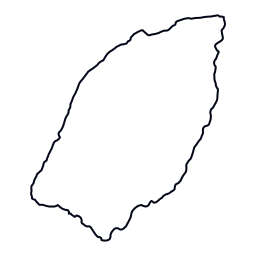 the district of Barbosa, Santander, Colombia
{"feature_id": "7082276B35753389183496", "entity_name": "Barbosa", "entity_type": "district", "adm_level": 2, "iso_a3": "COL", "parent_name": "Colombia", "parent_adm1": "Santander", "projection": "albers", "projection_center": [-73.619, 5.955], "detail": "fine", "context": "isolated", "style": "outline", "palette": "ink", "viewbox_px": 256, "rotation_deg": 0, "n_neighbors": 0, "source": "geoboundaries", "source_scale": "gbopen_adm2", "svg_char_len": 5111}
<svg xmlns="http://www.w3.org/2000/svg" viewBox="0 0 256 256"><path d="M210.8,115.8L210.8,115.0L210.4,113.5L210.3,112.1L210.5,111.2L210.8,110.1L211.2,109.2L212.1,108.5L212.8,107.8L213.4,107.0L214.5,104.9L216.0,102.3L216.9,100.4L217.3,98.6L217.4,97.1L217.5,94.8L217.8,91.9L217.9,89.5L217.6,88.5L216.9,87.8L216.2,86.3L215.8,84.9L215.8,84.3L215.6,82.9L215.1,81.9L214.7,80.5L214.5,79.4L214.4,77.7L214.3,75.7L214.3,74.0L215.0,72.0L215.5,69.4L215.7,67.5L215.6,66.4L215.0,65.7L214.4,64.7L214.1,63.2L214.1,62.1L214.6,60.8L215.0,59.9L216.0,58.9L216.5,57.6L217.2,55.5L218.2,53.2L218.7,52.1L218.3,51.3L217.3,50.7L216.1,48.8L215.5,47.6L215.1,46.4L215.2,45.4L215.8,44.3L217.4,43.1L219.2,42.0L220.7,41.1L221.9,40.1L222.8,38.8L222.8,37.1L222.4,35.3L221.8,32.4L221.6,30.5L222.3,29.4L223.3,28.4L224.3,26.5L224.9,25.1L224.9,23.8L224.7,21.9L223.9,19.4L223.6,17.9L223.8,17.3L222.0,16.5L221.2,16.5L220.2,16.8L219.4,16.3L218.7,15.7L217.9,15.4L217.1,15.4L215.6,15.7L214.5,15.9L212.5,16.2L211.0,16.5L208.9,16.6L206.1,16.8L202.7,17.3L200.4,17.8L197.3,17.9L195.7,18.0L194.2,18.2L193.2,18.4L191.3,18.8L190.3,18.4L188.2,18.1L186.6,18.4L184.7,18.7L183.1,19.2L180.8,20.0L178.7,20.6L176.6,21.5L175.9,22.3L175.6,23.3L175.4,24.2L174.9,24.9L173.6,25.6L172.6,25.9L171.5,27.0L170.3,28.2L169.2,29.3L168.4,30.0L167.2,30.5L166.2,30.6L164.8,30.6L163.3,30.9L162.0,31.4L160.1,32.2L159.0,32.9L157.2,33.4L155.2,34.0L153.7,34.2L152.3,34.4L151.3,34.7L149.7,35.2L148.2,35.2L146.6,33.9L144.5,32.0L143.1,30.8L142.6,30.2L141.2,30.4L139.7,31.1L138.0,31.8L136.2,32.9L133.8,34.2L132.6,35.8L131.3,36.9L130.7,38.2L130.5,39.6L129.6,40.7L128.1,41.2L127.3,42.4L126.6,43.4L125.4,43.8L123.6,44.3L121.7,44.4L120.1,45.0L118.6,45.9L117.4,46.4L116.3,47.0L114.8,48.4L112.6,49.9L109.1,52.2L107.1,54.2L105.3,56.9L103.8,59.5L103.2,60.4L102.0,60.9L100.1,62.0L98.6,63.3L97.7,64.5L96.1,66.0L93.7,67.8L91.9,69.1L90.5,70.0L89.1,71.0L88.3,71.5L86.6,73.9L84.0,77.3L82.3,79.5L80.1,82.1L79.1,83.9L77.2,89.2L76.0,91.8L75.5,93.1L74.4,94.9L73.6,96.4L73.1,97.4L72.4,99.6L71.7,101.3L71.1,102.8L70.5,103.9L70.5,105.1L70.1,107.8L69.5,108.9L68.6,110.3L68.6,111.9L68.2,113.7L67.0,115.6L65.8,117.5L64.9,120.2L64.2,122.6L63.1,126.2L61.8,128.9L60.4,131.0L59.4,132.0L58.6,133.2L58.6,133.6L58.9,135.4L59.9,137.2L59.5,138.0L58.7,139.1L57.2,140.3L55.2,141.2L53.9,142.5L53.0,144.9L52.1,147.4L51.5,148.9L50.7,150.3L50.0,151.8L49.3,153.1L48.5,154.8L47.9,156.7L47.2,158.0L46.9,159.2L46.6,160.4L45.9,160.9L45.0,161.6L44.2,162.2L43.8,163.3L43.4,164.1L43.2,165.8L42.6,167.2L42.1,168.6L41.5,170.2L40.3,171.2L39.4,172.0L38.2,173.1L37.0,174.2L36.6,175.8L34.5,179.7L33.4,183.4L32.4,184.9L31.6,185.7L31.4,187.0L31.3,188.4L31.5,190.1L31.4,191.7L31.2,192.8L31.1,194.0L31.6,195.6L32.0,197.1L32.0,198.4L32.7,198.9L35.1,199.9L36.8,202.1L39.4,204.8L42.0,204.8L43.0,204.9L46.1,205.9L49.1,206.5L52.4,206.5L54.5,206.5L56.5,205.9L57.6,205.1L58.6,205.7L60.3,207.3L62.5,208.8L65.2,209.8L67.7,210.1L68.9,211.6L68.9,213.6L70.6,213.6L71.8,214.9L74.8,216.8L76.6,215.5L79.0,216.3L80.8,217.8L81.7,220.1L81.5,222.2L82.0,223.4L83.9,224.5L84.9,225.5L86.7,226.4L89.6,226.4L91.0,227.6L92.9,230.6L94.6,233.1L95.9,235.0L97.7,236.8L99.8,237.2L101.1,238.0L101.5,239.6L101.6,240.1L102.9,240.4L105.2,240.6L106.7,240.5L108.3,240.0L109.4,239.3L110.0,238.5L110.3,237.4L110.5,236.2L110.6,234.6L110.9,233.6L111.7,232.1L112.1,231.5L113.0,230.4L113.9,229.3L115.1,228.5L115.8,228.3L116.9,228.2L118.2,228.4L119.3,229.1L120.5,229.6L121.7,229.5L123.4,228.7L124.6,227.6L126.1,226.2L126.5,225.5L127.3,223.6L127.5,223.6L128.1,222.4L129.0,220.7L129.2,220.3L129.8,219.0L129.9,218.8L130.5,217.7L131.6,212.9L132.0,211.6L132.2,211.4L133.5,209.6L135.2,207.9L136.3,207.1L136.8,206.8L136.8,206.7L138.0,205.9L138.3,205.8L141.4,205.0L142.4,205.5L144.2,206.2L145.8,206.5L147.1,206.2L148.7,205.1L149.3,203.6L150.7,201.6L150.9,201.4L151.0,201.3L151.4,201.0L151.6,201.0L151.8,201.1L152.2,201.3L152.5,201.5L153.4,202.4L154.6,202.7L155.4,202.5L157.0,201.6L158.5,200.4L160.0,199.0L162.2,197.6L163.0,196.3L163.1,196.2L163.3,196.0L163.5,195.9L163.8,195.6L164.7,195.1L165.1,194.8L166.6,194.1L167.4,194.0L167.5,193.9L167.8,193.9L169.0,193.3L169.7,192.9L169.9,192.7L171.3,191.7L173.1,190.6L173.5,190.3L174.5,189.4L174.6,188.6L174.7,187.9L175.0,186.2L175.6,184.5L176.8,183.8L178.4,183.1L179.1,182.3L179.2,182.2L179.3,182.1L179.4,181.9L179.5,181.9L179.6,181.7L179.8,181.5L180.0,181.3L180.0,181.2L180.5,180.7L180.7,180.4L180.8,180.4L180.9,180.1L181.0,179.8L181.1,179.5L181.2,179.3L181.2,179.2L181.3,179.0L181.4,178.7L181.5,178.7L181.6,178.4L181.7,178.2L183.2,175.5L185.0,173.1L185.3,172.7L185.7,172.0L185.7,171.9L185.8,171.8L185.9,171.7L186.1,170.9L186.2,170.3L186.4,168.4L186.3,165.8L186.4,164.4L187.3,163.0L188.7,160.8L190.5,158.9L191.3,157.4L191.8,155.9L192.6,153.5L193.3,151.0L193.9,148.8L194.5,147.0L195.2,146.1L196.1,145.0L196.9,143.9L197.6,142.7L198.5,141.4L199.3,140.5L200.6,138.9L201.2,137.7L201.8,135.8L202.5,134.3L202.8,133.8L203.0,132.5L202.9,130.4L203.1,128.4L203.6,127.6L204.3,126.8L205.2,126.1L206.2,126.0L207.2,125.6L208.0,125.3L208.8,124.6L209.3,123.4L210.4,120.2L210.5,119.6L210.8,117.9L210.9,116.3L210.8,115.8Z" fill="none" stroke="#020617" stroke-width="2"/></svg>